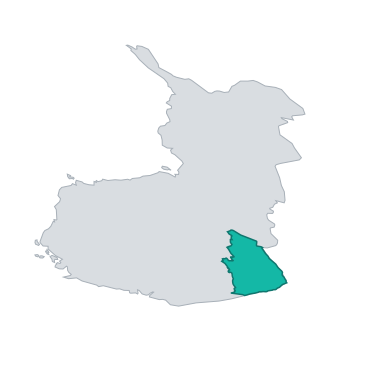 where North Karelia sits in Finland, rotated 24°
{"feature_id": "FIN-3190", "entity_name": "North Karelia", "entity_type": "Province", "adm_level": 1, "iso_a3": "FIN", "parent_name": "Finland", "parent_adm1": "", "projection": "equal_earth", "projection_center": [29.553, 62.804], "detail": "fine", "context": "in_parent", "style": "filled", "palette": "teal", "viewbox_px": 384, "rotation_deg": 24, "n_neighbors": 0, "source": "natural_earth", "source_scale": "10m", "svg_char_len": 6202}
<svg xmlns="http://www.w3.org/2000/svg" viewBox="0 0 384 384"><g transform="rotate(24 192 192)"><path d="M145.8,161.3L143.6,156.7L140.6,152.8L137.1,151.8L136.0,150.3L135.6,147.1L136.4,144.7L140.2,142.3L141.0,139.2L143.3,136.7L142.3,135.0L136.7,130.4L136.0,129.0L135.8,126.5L139.2,124.2L138.4,122.0L132.3,121.1L132.6,119.7L134.4,117.5L133.6,115.5L133.9,111.3L137.1,109.5L133.5,108.0L130.2,105.4L127.2,105.2L125.5,102.4L120.3,99.9L101.6,96.4L90.2,92.5L84.3,89.4L78.6,87.6L78.3,86.0L72.4,84.7L73.6,83.9L78.3,83.9L82.1,84.6L83.6,83.7L82.1,81.3L82.5,80.7L87.0,79.4L94.1,79.4L108.9,88.8L111.1,91.8L125.6,92.9L127.1,93.6L131.1,93.5L139.6,92.0L143.0,89.9L146.1,90.1L166.7,94.7L169.9,93.7L171.9,90.8L173.7,89.5L176.1,88.6L180.9,88.0L184.8,85.7L185.5,79.2L187.4,77.3L191.1,71.0L197.7,68.1L202.5,65.2L207.2,64.8L215.6,65.4L225.7,62.5L232.2,62.0L243.5,67.2L259.3,70.6L263.5,74.9L261.4,76.7L252.8,81.5L252.5,82.8L255.4,85.0L243.3,87.7L244.1,88.4L250.5,88.7L251.2,89.7L244.6,96.0L244.4,97.1L249.1,104.0L263.7,107.0L267.7,110.1L278.0,116.2L277.0,119.0L261.4,129.8L257.8,132.8L257.4,134.7L266.3,143.4L271.0,149.7L276.2,154.2L280.4,161.8L280.6,164.4L272.0,165.8L274.4,167.2L272.3,169.6L272.0,173.1L269.6,175.3L270.1,175.9L274.2,176.4L274.6,177.9L274.2,178.9L269.9,180.6L269.5,182.4L271.7,185.5L273.6,186.6L280.2,187.6L281.1,188.4L281.3,190.7L278.3,192.9L278.3,193.8L281.1,197.9L289.9,201.2L290.8,203.7L290.8,205.4L290.3,206.9L283.5,212.5L278.5,214.3L288.4,220.4L306.3,228.3L314.1,235.1L314.7,236.9L309.0,245.5L306.7,247.8L292.2,257.5L271.6,273.5L261.1,280.6L240.9,291.6L226.2,301.7L218.1,303.8L212.0,301.5L208.9,302.0L205.9,303.6L195.8,305.2L195.5,303.6L197.7,299.1L196.8,299.2L195.0,301.3L194.0,303.7L192.1,304.9L187.9,305.4L183.9,303.5L182.0,303.5L183.9,306.4L183.8,307.3L181.6,307.1L177.1,309.4L176.0,309.4L174.7,307.5L169.8,309.5L165.3,309.9L162.5,311.4L149.1,313.7L145.2,316.4L142.8,315.8L127.7,318.0L121.5,317.4L114.5,321.4L109.2,322.0L114.8,317.8L115.2,316.4L112.3,315.6L110.3,314.2L108.5,311.0L107.5,310.8L105.5,314.8L101.9,316.2L97.4,316.2L97.0,314.4L97.8,312.8L97.2,312.5L97.9,311.2L100.2,311.1L100.8,310.5L100.8,309.7L99.1,309.0L101.0,306.1L93.1,305.6L83.7,302.6L82.6,300.1L77.9,301.9L73.8,300.0L73.3,298.9L72.7,289.6L73.3,287.0L75.9,283.9L77.0,280.8L77.2,275.2L78.6,275.2L77.1,273.3L79.4,272.8L79.8,272.2L75.2,263.3L72.3,261.2L75.0,254.8L74.9,253.4L74.6,251.6L71.0,249.7L70.0,244.0L71.1,240.8L78.9,235.2L79.4,233.0L83.6,232.8L81.8,230.8L81.5,228.4L87.5,227.5L89.6,228.2L94.9,227.3L99.7,225.6L98.2,222.2L100.6,222.1L99.8,221.3L100.0,220.4L101.9,220.8L105.0,218.4L105.2,216.6L110.5,215.7L116.7,212.1L122.3,210.1L128.1,206.5L130.6,206.3L132.0,203.9L138.4,200.3L140.8,197.4L146.9,194.0L153.0,188.3L153.7,186.7L162.6,184.6L170.5,185.2L170.4,183.7L169.2,182.8L172.6,181.4L171.9,179.1L170.0,178.0L172.5,169.5L170.1,167.8L161.1,164.9L157.4,164.7L155.4,162.5L156.5,160.0L151.4,161.9L145.8,161.3ZM89.9,306.8L95.4,306.8L96.8,308.3L94.2,309.3L94.0,310.5L95.2,312.3L92.7,312.3L91.2,310.2L88.6,308.8L89.9,306.8ZM160.6,181.8L157.1,182.7L154.4,182.1L154.4,180.5L159.2,179.4L164.0,180.6L161.6,180.9L160.6,181.8ZM74.4,226.4L74.1,227.9L77.4,226.9L78.7,227.3L78.4,228.6L77.3,228.3L74.5,229.8L72.2,228.5L70.8,226.4L74.4,226.4ZM74.0,301.9L73.6,303.2L70.3,303.3L69.1,302.0L68.5,299.8L69.9,298.8L70.6,300.1L74.0,301.9ZM86.7,307.4L84.9,307.5L82.6,306.1L82.3,305.6L83.3,305.2L82.9,303.6L84.8,304.5L85.8,305.5L84.7,305.8L86.7,307.4ZM82.5,313.0L80.0,314.0L79.1,313.7L79.4,312.1L80.9,311.3L83.3,311.2L82.5,313.0ZM77.5,313.9L75.3,314.2L74.1,313.4L76.1,312.1L77.7,312.2L78.0,313.0L77.5,313.9Z" fill="#d9dde1" stroke="#a8b0b8" stroke-width="1"/><path d="M278.6,214.0L278.2,214.2L278.7,214.9L284.3,218.4L287.5,219.7L289.0,220.8L289.4,221.3L290.1,221.5L297.8,223.8L301.4,226.1L306.2,227.8L306.8,228.2L307.3,228.6L307.5,229.2L307.5,229.7L307.7,230.2L308.0,230.8L308.2,231.2L308.8,231.6L310.3,232.2L311.0,232.6L312.5,233.8L313.1,234.1L313.4,234.2L314.0,234.7L314.3,235.4L314.7,236.0L315.5,236.4L313.5,238.5L312.5,239.5L311.8,240.7L310.8,243.2L310.4,243.8L309.4,244.7L309.0,245.3L308.4,246.7L308.0,247.2L307.5,247.5L306.3,248.0L305.9,248.2L305.7,248.5L305.2,249.1L301.9,251.2L301.6,251.4L301.0,252.4L300.6,252.7L300.2,253.0L297.5,254.0L295.4,255.2L294.5,255.5L294.1,255.7L293.8,255.9L293.2,256.8L290.2,259.1L286.9,261.2L282.3,265.1L280.2,265.1L268.6,268.5L270.7,266.9L271.6,265.8L271.5,265.3L271.2,265.1L271.6,264.6L271.5,264.4L270.0,263.5L269.8,263.1L269.9,262.7L270.2,262.3L270.7,261.7L270.2,261.3L269.5,261.0L268.1,260.2L266.9,259.3L266.1,258.2L265.7,257.5L265.2,256.6L265.0,255.5L265.2,254.9L265.0,254.3L264.5,254.0L263.7,253.2L263.3,252.8L262.7,251.9L261.9,250.5L261.2,249.8L260.2,249.6L259.6,249.8L259.1,250.3L258.7,250.4L257.9,250.3L257.7,250.1L257.8,249.6L257.7,249.6L257.3,249.5L257.3,249.1L257.4,248.8L257.6,248.4L257.8,248.0L258.0,247.8L257.8,247.6L255.9,247.1L255.6,246.9L256.2,246.7L255.0,246.1L254.5,245.7L254.3,245.5L253.7,245.2L253.3,245.0L251.3,243.9L250.9,243.8L247.3,243.2L247.5,242.7L247.8,242.4L248.0,242.3L248.3,242.1L247.0,240.7L247.7,240.1L248.9,239.7L249.4,239.4L250.0,238.5L250.6,238.5L251.6,238.8L252.5,239.4L253.6,239.7L254.3,239.5L257.3,238.2L257.4,237.9L256.3,237.5L255.6,237.2L255.1,236.6L254.3,236.3L254.0,236.1L253.8,235.8L253.9,235.6L254.1,235.7L254.5,235.8L254.9,235.8L255.1,235.8L255.2,235.7L254.8,235.4L254.6,235.3L254.8,235.1L255.1,234.9L256.4,234.5L256.7,234.3L256.6,233.9L252.5,232.2L248.8,229.5L247.7,228.9L247.1,228.6L246.5,228.3L247.4,227.5L247.5,227.4L247.2,227.3L247.3,227.1L248.5,226.6L248.6,226.4L248.4,226.3L248.5,226.1L249.3,225.6L249.5,225.2L249.7,224.9L249.7,224.3L249.8,224.1L249.9,223.8L249.7,223.5L248.6,223.0L248.0,222.6L247.5,222.2L247.2,221.6L247.0,221.0L246.7,220.5L246.5,220.2L246.4,219.7L246.6,219.5L247.1,219.3L247.6,219.3L247.9,219.2L247.5,218.9L246.9,218.6L246.5,218.0L246.3,217.3L245.9,216.4L246.3,216.0L246.1,215.7L245.7,215.6L245.0,215.5L243.2,215.3L242.6,215.1L241.3,214.2L240.6,213.9L242.5,212.0L242.9,211.5L243.0,211.2L243.1,210.9L244.3,210.5L245.6,210.4L254.0,211.5L270.7,210.7L271.0,210.8L271.4,211.1L272.5,214.4L272.7,214.6L273.1,214.9L273.3,214.9L273.6,214.9L277.0,214.0L278.3,213.9L278.6,214.0L278.6,214.0Z" fill="#14b8a6" stroke="#0f766e" stroke-width="1.5"/></g></svg>